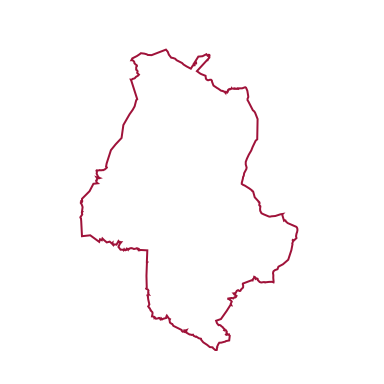 Zitácuaro, Michoacán, Mexico (Robinson projection), rotated 299°
{"feature_id": "50627088B99906362708440", "entity_name": "Zitácuaro", "entity_type": "district", "adm_level": 2, "iso_a3": "MEX", "parent_name": "Mexico", "parent_adm1": "Michoacán", "projection": "robinson", "projection_center": [-100.356, 19.436], "detail": "fine", "context": "isolated", "style": "outline", "palette": "rose", "viewbox_px": 384, "rotation_deg": 299, "n_neighbors": 0, "source": "geoboundaries", "source_scale": "gbopen_adm2", "svg_char_len": 5967}
<svg xmlns="http://www.w3.org/2000/svg" viewBox="0 0 384 384"><g transform="rotate(299 192 192)"><path d="M269.7,223.5L287.6,214.0L291.9,208.8L292.7,207.3L293.0,205.6L298.7,197.1L299.2,196.1L300.4,195.4L302.3,195.2L303.1,194.7L307.4,191.3L309.4,188.7L309.4,187.7L307.0,185.6L304.8,181.7L305.0,182.8L304.6,182.6L304.5,181.6L304.8,181.6L304.7,181.4L304.0,181.4L302.8,179.2L303.3,179.0L303.1,178.6L302.7,178.4L301.8,176.8L301.9,176.5L301.6,176.6L301.4,176.4L300.5,175.5L300.4,175.6L299.9,175.2L300.1,174.9L299.6,174.6L299.6,174.4L298.8,174.1L297.8,174.3L297.7,174.5L297.1,174.7L295.8,174.5L295.6,173.8L295.8,173.6L295.6,173.5L295.7,172.3L296.1,171.7L295.2,172.4L295.6,171.3L296.1,171.0L295.3,171.2L295.3,169.9L295.1,169.8L294.7,168.1L295.1,165.0L295.1,163.7L295.5,159.2L298.1,156.1L299.1,155.3L299.4,154.3L298.9,153.3L297.5,151.9L297.4,150.3L297.9,149.2L300.2,147.5L299.6,142.9L299.6,141.5L300.1,137.7L314.9,141.3L314.9,141.7L316.6,141.7L317.8,142.0L317.9,141.7L319.7,141.3L320.3,140.7L320.2,140.2L319.9,140.0L319.2,139.7L319.1,140.1L318.7,139.7L319.5,137.8L315.8,135.3L313.5,131.9L306.5,131.5L307.2,132.8L306.4,133.3L304.4,131.5L304.0,131.8L303.8,132.4L303.0,131.4L299.3,131.2L299.2,126.3L299.4,122.8L300.0,120.8L299.8,114.6L300.4,112.7L300.0,110.4L299.4,108.7L300.9,105.2L302.9,102.8L303.9,100.2L292.1,90.3L290.4,86.8L290.5,85.7L289.9,83.2L288.6,80.0L287.1,79.4L284.2,77.9L279.9,75.0L277.9,75.1L278.1,75.4L278.4,76.7L278.0,78.0L277.6,78.6L276.8,79.1L276.2,80.8L276.1,82.1L275.9,82.5L275.4,82.8L274.7,82.6L274.1,82.7L271.9,83.9L271.7,85.1L271.2,85.9L269.6,86.3L268.9,88.7L267.4,88.3L265.6,87.2L263.8,86.8L263.0,86.2L262.2,85.3L260.9,84.7L260.6,84.0L259.6,85.3L246.6,99.1L245.3,98.7L239.1,100.3L235.3,100.3L229.7,99.7L217.3,99.5L205.1,104.2L196.7,102.1L189.3,100.8L175.6,103.5L172.6,104.5L172.4,105.3L172.1,105.7L169.5,104.8L167.9,103.6L167.7,102.9L166.8,101.9L166.4,100.6L165.7,100.1L164.7,98.1L164.3,98.1L163.5,99.1L161.8,99.7L160.1,102.0L159.4,103.8L159.5,104.6L158.8,103.9L158.5,101.5L157.8,102.7L156.8,102.8L156.3,103.0L155.6,102.6L155.3,102.7L154.1,104.2L153.9,105.3L151.4,101.8L143.0,102.0L132.8,99.1L131.6,99.7L131.2,100.1L130.5,99.4L130.2,99.4L130.1,99.8L130.2,100.5L129.6,100.6L128.6,100.0L128.4,100.1L127.7,101.5L126.2,103.2L125.6,103.7L121.5,105.3L121.6,105.7L120.5,105.7L119.1,106.9L115.8,106.6L115.4,106.9L115.1,107.7L112.7,109.3L100.0,117.2L104.8,124.0L103.4,135.0L106.1,134.5L106.1,136.5L107.9,136.2L107.3,138.3L106.6,141.9L108.7,144.1L108.1,146.8L109.0,147.1L108.1,147.5L107.7,148.0L107.4,149.0L108.3,148.9L108.6,150.4L108.4,150.5L109.0,150.5L109.3,151.5L113.4,151.5L113.1,152.2L113.3,152.7L113.0,152.9L113.8,154.4L111.4,154.0L108.3,154.3L106.9,157.5L107.6,158.6L108.1,160.2L108.0,160.4L109.0,160.4L108.7,161.0L108.8,161.9L109.4,162.0L109.5,162.5L110.8,162.5L110.4,164.1L111.4,164.0L111.5,164.6L112.9,165.2L113.3,166.1L113.6,166.3L113.9,167.5L113.9,168.5L114.1,169.0L115.6,170.7L116.1,171.0L116.4,172.7L115.6,172.7L115.8,173.7L115.3,173.9L115.7,174.6L116.2,174.8L119.3,181.2L108.8,186.5L108.9,187.0L108.2,186.9L96.6,192.8L86.4,198.8L85.3,198.7L85.1,199.1L85.3,200.6L84.7,201.7L83.1,202.2L82.6,202.9L81.8,203.0L81.4,203.8L81.3,203.4L80.5,203.5L80.0,203.1L79.0,204.4L78.7,204.4L76.6,206.0L73.0,209.2L70.6,209.2L70.3,210.2L69.9,210.6L69.8,211.5L68.4,213.2L68.5,213.6L68.1,214.0L67.8,215.3L67.5,215.8L66.6,216.4L63.8,217.3L64.3,218.3L64.0,219.7L63.7,220.0L64.4,220.1L63.7,221.9L65.5,224.1L65.8,224.1L66.1,224.7L65.2,226.3L65.6,226.6L65.9,227.2L66.3,227.0L66.1,227.6L67.3,228.4L69.3,230.5L70.7,229.9L71.7,229.9L70.1,233.2L70.1,234.4L69.1,234.4L67.1,236.0L66.8,238.0L67.0,238.7L65.9,240.6L66.3,249.8L65.6,250.4L65.3,251.5L65.8,251.9L65.9,252.9L67.1,252.5L67.0,253.2L67.8,253.3L68.0,253.7L68.6,254.2L67.9,254.2L67.0,254.8L66.3,254.9L66.2,258.9L66.7,260.1L66.7,260.8L67.7,262.1L67.2,262.8L67.0,263.7L67.1,264.2L67.2,265.6L67.6,265.8L67.4,269.0L68.0,271.0L67.2,271.7L66.0,274.7L65.6,279.6L65.0,282.7L66.1,285.3L65.6,286.3L65.1,288.9L65.8,290.2L66.6,290.0L67.6,289.4L68.2,289.5L68.8,289.0L71.7,288.8L73.4,288.9L74.4,290.6L77.3,293.6L78.1,294.0L80.2,296.5L84.6,294.7L84.8,293.9L85.4,293.4L83.7,291.3L83.8,290.8L85.3,291.2L85.6,290.4L86.6,290.2L87.1,289.5L87.5,288.6L86.7,287.8L86.7,287.1L87.6,287.2L87.9,286.9L88.1,285.5L88.7,284.3L88.8,282.9L89.2,281.6L89.0,280.5L88.4,279.8L89.4,277.4L91.1,275.5L94.9,278.9L104.9,280.0L111.9,280.4L112.1,281.2L112.9,280.1L115.4,279.9L115.6,279.5L115.9,278.7L116.2,276.4L115.9,274.7L118.3,277.7L118.7,278.4L118.9,279.7L120.6,280.2L120.8,281.0L121.4,281.3L122.7,281.3L122.9,278.8L123.3,277.9L123.7,279.0L124.2,278.4L124.7,279.1L127.3,279.1L128.5,279.9L128.4,281.3L128.6,281.8L129.0,282.2L129.5,282.3L130.3,282.1L132.9,282.9L133.4,282.9L134.9,282.2L136.1,281.0L136.6,280.9L144.0,287.2L143.8,287.5L144.0,287.9L145.2,287.6L146.8,287.9L148.0,287.5L148.1,288.0L147.8,289.1L147.5,289.5L146.9,289.9L147.7,290.5L147.9,291.3L147.8,291.6L146.9,292.2L146.5,293.5L146.1,294.8L146.4,296.4L148.2,298.7L148.3,299.8L148.8,300.1L149.3,301.0L150.5,302.6L152.0,305.1L152.4,306.2L152.5,307.1L152.9,307.0L156.3,304.7L158.8,303.4L160.3,302.2L162.0,301.7L162.7,301.9L164.0,302.5L165.9,304.2L168.6,303.8L172.9,306.6L179.4,309.0L189.3,307.1L195.1,305.2L195.5,304.7L198.3,304.2L198.7,303.7L199.0,302.6L199.1,304.7L202.4,305.7L203.8,304.4L206.5,303.5L207.7,303.4L209.8,302.7L211.1,301.8L211.7,301.1L212.1,300.2L211.2,290.8L211.8,288.2L212.4,287.6L212.3,286.6L211.6,286.3L216.0,281.8L216.8,282.0L215.3,280.1L211.4,276.5L209.2,273.2L208.6,272.6L208.1,271.9L207.8,270.9L207.2,265.4L207.1,263.1L208.6,260.8L210.3,259.7L212.5,258.8L212.8,258.5L212.7,258.0L213.2,257.1L215.0,256.5L215.4,255.8L215.6,255.8L215.7,255.1L215.9,255.1L217.8,249.4L222.1,245.2L222.0,244.3L222.5,243.5L222.9,240.5L223.2,234.9L223.0,233.3L223.2,231.6L224.1,231.1L228.4,230.0L229.9,229.4L231.3,229.4L233.7,228.5L238.4,228.4L239.9,227.9L242.2,225.6L244.4,224.4L247.7,223.9L252.1,223.6L257.0,223.7L260.8,223.2L267.7,222.8L269.7,223.5Z" fill="none" stroke="#9f1239" stroke-width="2"/></g></svg>